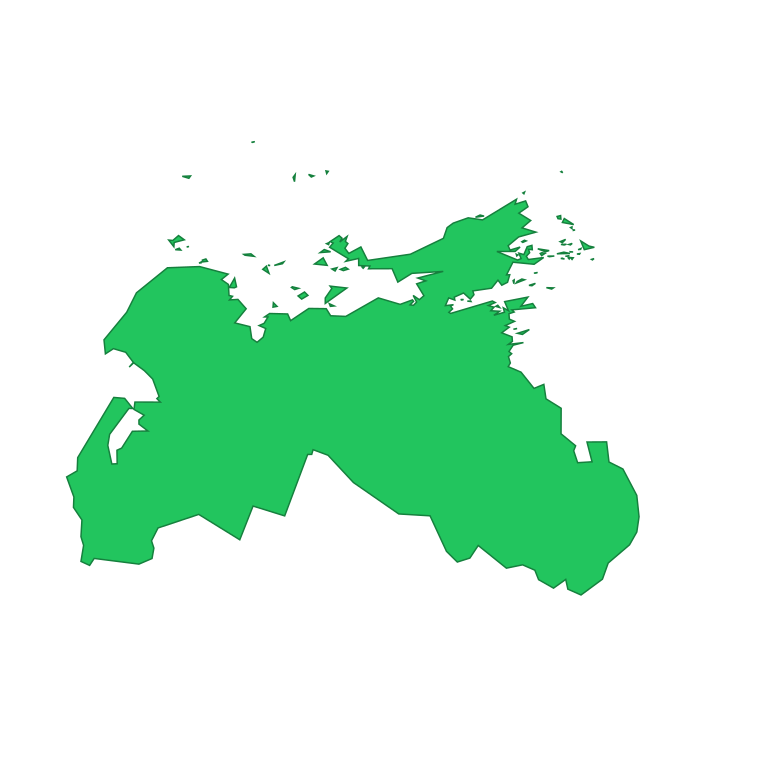 the district of Helgafellssveit, Vesturland, Iceland, rotated 15°
{"feature_id": "244011B42475995928988", "entity_name": "Helgafellssveit", "entity_type": "district", "adm_level": 2, "iso_a3": "ISL", "parent_name": "Iceland", "parent_adm1": "Vesturland", "projection": "orthographic", "projection_center": [-22.792, 64.982], "detail": "fine", "context": "isolated", "style": "filled", "palette": "green", "viewbox_px": 768, "rotation_deg": 15, "n_neighbors": 0, "source": "geoboundaries", "source_scale": "gbopen_adm2", "svg_char_len": 6231}
<svg xmlns="http://www.w3.org/2000/svg" viewBox="0 0 768 768"><g transform="rotate(15 384 384)"><path d="M133.5,433.6L136.7,428.3L149.0,433.1L159.3,439.1L170.0,454.3L168.4,456.9L172.7,459.4L148.1,465.9L149.1,473.3L160.4,476.2L156.6,482.2L157.7,486.2L168.1,490.5L153.2,494.8L147.2,513.8L143.2,517.1L146.9,530.1L141.8,531.7L133.1,514.8L132.0,503.6L143.9,473.6L147.7,472.7L137.2,465.0L126.5,466.9L107.2,534.4L110.1,547.3L101.5,555.9L113.7,573.4L116.0,583.6L127.4,593.5L130.8,609.9L135.6,617.6L137.2,633.8L146.6,635.4L149.2,627.5L193.9,621.4L205.1,612.6L204.2,602.1L200.0,595.6L203.0,581.5L238.8,557.9L285.0,571.8L289.1,535.8L322.2,537.1L328.5,471.8L332.4,470.7L332.5,465.8L348.4,467.3L380.0,487.1L431.9,505.7L462.6,499.4L487.7,529.5L500.9,537.0L512.0,529.9L516.8,515.6L549.9,530.2L564.7,522.8L577.9,524.8L584.0,533.0L600.6,537.3L610.1,525.7L614.7,534.6L628.9,536.8L645.5,516.0L646.9,498.9L662.8,475.8L666.5,461.5L664.7,446.2L657.0,426.2L636.8,404.3L621.5,401.1L614.0,382.3L595.1,387.5L605.1,405.3L591.4,409.9L584.5,399.4L585.1,394.1L567.9,386.3L561.4,361.6L544.3,356.4L538.5,343.0L530.0,349.4L513.3,337.1L499.5,335.1L500.6,331.0L497.1,325.3L499.5,321.7L496.3,320.3L498.7,313.1L508.0,307.9L493.8,313.6L497.0,309.6L495.5,305.3L484.4,304.1L490.3,296.7L486.0,296.2L493.9,289.7L488.3,288.9L486.5,283.8L491.1,280.8L488.3,279.3L510.6,271.1L506.8,267.8L496.1,273.5L500.5,262.8L479.2,273.2L485.3,281.0L479.5,279.5L481.8,283.5L472.3,289.2L476.9,283.8L468.2,285.6L470.4,281.3L464.5,281.2L470.4,276.5L467.2,275.8L430.1,298.6L428.1,298.0L430.8,293.7L428.0,291.4L430.6,289.4L423.0,292.4L424.2,284.1L430.7,284.6L429.4,281.9L437.3,275.5L445.4,279.7L447.8,274.5L445.7,271.1L463.1,263.6L467.2,254.2L472.2,258.1L477.0,253.8L477.2,245.9L474.1,246.9L477.0,233.0L498.0,229.5L505.5,220.5L491.2,226.4L488.4,223.8L490.7,219.5L488.7,216.5L492.5,215.9L491.0,211.8L486.8,214.3L485.6,222.8L480.4,222.7L484.0,227.4L480.9,229.7L458.7,226.8L476.4,222.0L480.0,216.5L471.1,222.0L468.1,218.3L476.0,207.1L491.4,198.0L476.9,197.5L483.4,188.1L470.0,184.1L477.2,175.5L473.4,170.5L464.1,176.4L464.2,171.2L436.7,200.0L422.3,201.7L409.2,210.7L404.5,216.6L403.7,227.9L375.9,251.8L336.2,268.9L326.2,257.6L316.2,267.0L311.1,263.0L312.8,257.7L309.8,256.3L310.2,251.0L304.5,258.3L305.7,254.0L302.2,252.3L295.1,260.4L298.4,261.0L296.1,266.0L317.2,272.2L315.3,275.4L327.0,269.3L328.9,276.1L339.9,273.7L339.2,276.7L362.0,270.5L371.0,282.0L382.3,269.9L412.1,259.9L389.2,272.9L397.6,273.6L389.6,278.8L399.7,288.4L396.3,293.4L389.3,290.9L394.3,296.4L392.1,300.4L388.7,300.8L391.2,296.5L389.7,295.4L379.0,302.9L356.2,302.3L329.6,328.6L314.8,331.9L308.7,326.2L291.8,330.5L277.4,347.0L272.8,341.3L255.3,345.5L251.3,350.1L254.6,349.3L252.5,356.4L248.2,359.9L255.4,361.0L255.2,370.0L250.6,376.6L244.5,374.4L239.7,363.3L224.0,363.6L231.4,347.0L221.0,340.1L213.0,342.8L215.0,338.5L211.4,338.6L207.9,328.1L199.9,325.2L205.0,318.2L175.5,318.3L144.7,327.8L121.3,360.0L116.9,381.3L102.1,413.8L107.1,427.0L113.5,419.9L126.3,420.2L136.3,428.0L133.5,433.6ZM323.3,300.9L306.6,303.4L308.9,305.2L305.0,316.1L306.4,321.4L323.3,300.9ZM147.1,293.8L142.9,300.0L138.8,300.7L145.5,305.8L144.7,301.6L153.8,296.4L147.1,293.8ZM298.4,284.1L292.6,277.9L285.8,286.1L298.4,284.1ZM526.0,180.9L515.3,177.5L514.5,181.8L526.0,180.9ZM537.0,194.9L542.7,202.4L551.8,197.5L546.2,197.7L537.0,194.9ZM216.4,328.3L212.3,320.4L209.6,330.8L214.6,329.8L216.4,328.3ZM523.6,210.1L517.3,213.5L529.8,209.8L523.6,210.1ZM287.6,318.1L283.4,315.7L278.2,321.2L282.5,323.3L287.6,318.1ZM504.9,300.3L510.3,293.8L499.8,300.5L504.9,300.3ZM298.2,270.1L291.5,269.6L288.3,273.6L298.2,270.1ZM509.0,212.4L497.5,213.6L505.6,214.5L509.0,212.4ZM256.9,338.5L260.6,336.7L256.1,334.1L256.9,338.5ZM247.3,297.9L254.8,294.1L255.7,291.9L247.3,297.9ZM244.3,306.9L239.9,300.6L237.2,304.6L244.3,306.9ZM512.2,178.9L511.0,175.6L507.8,177.4L509.3,179.3L512.2,178.9ZM225.5,294.3L221.8,292.7L215.0,295.1L216.4,295.6L225.5,294.3ZM142.3,235.8L143.3,233.1L135.4,235.6L142.3,235.8ZM437.2,195.9L433.1,195.9L429.2,199.2L437.2,195.9ZM319.7,282.3L316.6,281.3L312.1,284.6L315.4,285.0L319.7,282.3ZM492.9,246.9L490.0,246.9L486.1,250.5L485.5,252.3L492.9,246.9ZM501.5,250.8L504.2,247.6L498.5,251.2L501.5,250.8ZM242.7,207.9L245.2,211.7L244.0,204.6L242.7,207.9ZM276.7,313.7L270.3,313.8L269.6,314.7L273.3,315.9L276.7,313.7ZM307.5,287.5L308.5,283.8L303.9,286.4L307.5,287.5ZM153.1,307.2L151.1,305.8L147.6,308.3L153.1,307.2ZM312.1,322.9L315.7,321.5L310.4,320.6L312.1,322.9ZM260.2,202.9L262.3,201.2L256.9,201.1L260.2,202.9ZM181.7,311.2L179.6,309.3L176.5,311.3L177.2,313.0L181.7,311.2ZM521.4,248.9L522.8,247.3L515.9,248.9L521.4,248.9ZM510.9,218.2L515.4,216.3L508.8,218.2L510.9,218.2ZM517.3,200.9L519.7,201.3L522.0,197.3L517.3,200.9ZM505.8,216.1L502.6,216.3L501.1,217.5L503.0,219.2L505.8,216.1ZM518.8,203.4L522.0,203.1L524.0,201.8L518.8,203.4ZM475.9,280.2L473.5,278.5L471.9,280.1L475.9,280.2ZM274.2,195.6L275.1,193.0L272.8,193.2L274.2,195.6ZM483.5,253.5L482.8,249.7L481.9,250.7L483.5,253.5ZM484.3,209.0L482.4,208.8L480.3,210.9L481.4,211.3L484.3,209.0ZM294.4,263.7L294.5,261.5L292.2,263.3L294.4,263.7ZM533.4,215.0L534.1,213.1L531.4,213.6L533.4,215.0ZM469.9,164.1L470.1,162.2L468.7,163.5L469.9,164.1ZM446.3,281.4L443.0,282.4L446.7,281.8L446.3,281.4ZM479.1,225.9L480.0,224.7L478.2,224.4L479.1,225.9ZM536.7,204.0L539.1,203.0L539.2,202.1L536.7,204.0ZM333.9,277.6L334.7,276.0L332.7,276.8L333.9,277.6ZM528.1,201.4L529.4,199.5L526.4,201.4L528.1,201.4ZM436.2,282.5L437.4,282.8L439.0,281.8L436.2,282.5ZM528.7,214.1L530.5,215.3L530.7,214.4L528.7,214.1ZM553.2,210.2L554.4,208.5L552.2,209.9L553.2,210.2ZM500.1,238.1L502.0,237.6L503.5,236.5L500.1,238.1ZM174.0,315.1L176.0,314.3L175.9,313.4L174.0,315.1ZM536.7,208.5L539.2,208.1L539.4,207.3L536.7,208.5ZM529.8,208.3L532.5,207.5L529.6,208.0L529.8,208.3ZM193.4,184.8L194.6,184.6L196.5,183.3L193.4,184.8ZM526.0,216.6L523.6,216.3L522.3,217.0L526.0,216.6ZM525.3,185.2L524.9,183.6L523.7,184.6L525.3,185.2ZM501.9,133.7L500.6,132.6L500.0,133.2L501.9,133.7ZM241.1,299.1L242.3,299.4L243.3,299.0L241.1,299.1ZM527.2,186.6L528.7,185.8L527.1,186.1L527.2,186.6ZM494.8,297.6L497.3,296.6L498.1,295.9L494.8,297.6ZM157.9,302.6L159.0,302.4L160.0,301.6L157.9,302.6ZM526.1,213.7L528.6,212.9L529.9,212.0L526.1,213.7Z" fill="#22c55e" stroke="#15803d" stroke-width="1.5"/></g></svg>